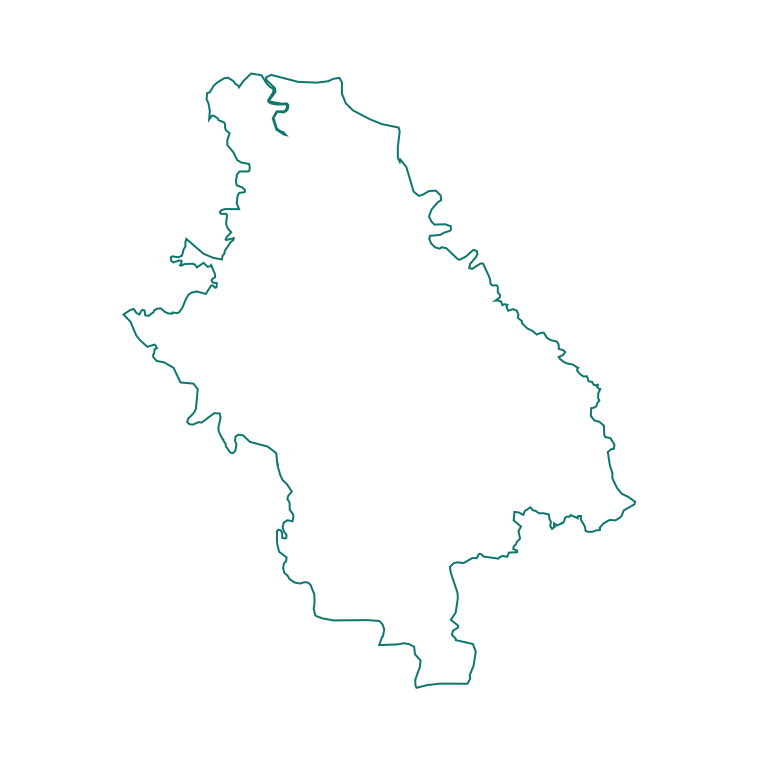 Myaungmya, Ayeyarwady, Myanmar (orthographic projection), rotated 101°
{"feature_id": "60261553B8294566306540", "entity_name": "Myaungmya", "entity_type": "district", "adm_level": 2, "iso_a3": "MMR", "parent_name": "Myanmar", "parent_adm1": "Ayeyarwady", "projection": "orthographic", "projection_center": [95.051, 16.62], "detail": "fine", "context": "isolated", "style": "outline", "palette": "teal", "viewbox_px": 768, "rotation_deg": 101, "n_neighbors": 0, "source": "geoboundaries", "source_scale": "gbopen_adm2", "svg_char_len": 6162}
<svg xmlns="http://www.w3.org/2000/svg" viewBox="0 0 768 768"><g transform="rotate(101 384 384)"><path d="M401.5,615.7L404.8,611.5L404.7,604.1L408.3,593.6L421.3,584.1L420.0,571.1L424.8,565.8L444.6,563.9L449.3,565.5L455.1,569.5L458.7,570.0L460.6,567.3L460.4,564.0L456.7,558.5L456.7,555.7L445.0,545.0L444.3,539.5L448.6,538.0L458.3,538.3L462.1,537.2L468.6,532.3L469.0,531.2L470.7,530.5L472.8,528.1L475.2,527.4L480.7,521.8L480.7,519.0L477.9,517.2L471.6,517.3L468.2,519.4L464.1,519.8L461.6,517.4L461.2,512.8L466.4,504.5L467.6,486.3L472.4,476.6L483.1,473.4L483.1,472.7L485.2,472.6L493.8,468.1L497.9,464.9L501.0,460.0L507.2,454.0L512.4,456.8L515.5,456.8L518.6,454.0L525.5,452.5L528.6,449.0L531.0,447.6L536.2,447.6L536.2,452.8L539.0,455.9L543.9,456.2L548.0,454.1L550.7,450.9L553.8,450.6L554.5,451.6L554.6,454.4L549.4,455.8L547.3,457.6L547.3,460.0L548.7,461.0L559.8,458.9L568.7,455.0L572.8,446.6L576.6,446.2L579.1,448.0L583.9,447.9L588.4,445.8L590.4,442.3L593.5,439.5L595.9,434.3L595.9,428.3L593.8,424.5L593.4,420.7L595.1,417.9L603.7,412.3L611.7,410.5L618.2,410.1L624.1,407.3L624.8,406.2L625.8,399.6L625.7,388.4L619.0,355.6L617.5,343.2L620.5,339.4L625.0,336.9L631.9,336.9L632.6,337.6L641.2,338.9L637.0,320.8L634.7,315.1L634.5,310.0L636.2,304.3L643.4,302.0L648.4,295.4L654.7,294.8L668.6,296.9L674.1,295.5L676.0,294.1L671.3,284.0L667.5,272.1L662.3,244.9L656.8,243.1L653.5,244.3L643.2,242.3L629.1,242.9L622.3,247.1L621.7,264.6L620.0,265.3L617.2,269.5L612.9,269.2L609.2,265.0L607.2,265.0L602.7,273.4L594.7,270.0L579.9,270.7L574.8,272.1L556.2,282.6L550.9,284.4L546.4,281.1L545.0,277.7L544.6,271.7L538.0,264.1L537.2,259.6L533.1,258.6L532.4,257.6L532.7,255.5L534.4,253.4L533.6,238.4L531.9,237.4L530.1,234.6L530.1,230.1L525.6,229.1L523.8,221.4L522.1,221.5L521.4,225.6L518.7,225.7L516.2,223.9L513.8,223.6L509.9,220.9L502.8,223.9L497.8,222.3L493.1,230.7L484.6,231.5L484.4,227.0L485.9,222.4L481.6,221.4L477.1,216.6L479.5,214.0L479.7,210.8L481.3,207.3L480.4,202.6L480.6,197.3L484.4,196.1L487.5,193.8L491.5,193.8L494.2,191.4L491.4,189.0L491.1,190.0L488.3,190.4L489.7,187.2L487.2,183.1L486.5,183.1L486.5,182.0L484.4,181.0L480.6,180.7L479.2,179.0L478.9,176.5L477.0,175.7L478.8,168.2L477.1,168.5L476.4,167.8L476.0,165.4L479.3,165.1L485.5,159.7L489.7,158.1L490.2,155.2L489.2,150.9L487.3,148.0L486.2,144.2L483.6,144.7L479.3,142.1L476.3,138.9L474.4,136.4L473.7,130.8L470.5,127.3L468.5,125.7L462.3,124.5L454.3,115.2L451.7,115.0L448.1,123.0L446.4,129.7L441.7,135.3L432.9,141.9L427.8,142.8L420.9,146.7L408.1,151.3L404.6,148.5L403.9,146.1L399.6,146.2L393.9,151.5L393.9,156.7L392.0,158.0L383.0,160.2L379.9,165.6L379.7,170.5L375.8,174.9L368.2,176.0L367.1,173.2L365.0,171.2L362.1,171.0L359.2,169.5L356.7,171.2L352.2,171.9L347.7,170.7L347.7,172.2L346.0,174.4L343.3,173.5L344.7,175.0L344.9,177.8L342.2,180.3L342.3,183.6L337.7,186.3L338.6,189.6L337.1,193.0L334.3,196.8L332.6,197.2L331.2,196.4L328.9,202.6L328.9,208.4L328.0,211.8L326.0,215.7L324.2,217.7L321.4,213.9L318.2,212.2L316.6,214.4L316.2,219.1L312.0,220.1L309.3,222.4L309.2,228.3L307.7,232.7L303.2,237.0L303.9,239.9L306.3,243.5L303.6,248.3L302.1,253.9L297.9,260.3L295.9,260.6L293.6,265.2L290.3,265.3L286.6,267.7L285.9,271.8L288.4,275.9L284.9,278.5L282.7,278.0L282.7,280.8L284.0,282.8L280.7,284.8L280.3,288.9L280.8,290.4L277.0,286.9L274.6,287.0L272.2,289.8L267.0,290.8L265.6,292.2L266.6,296.2L265.4,298.6L261.6,299.6L257.9,301.8L246.9,309.7L247.2,312.1L254.3,319.6L253.8,322.6L249.6,322.3L241.6,317.8L238.5,317.1L235.7,318.3L235.4,322.0L243.0,327.7L247.5,333.2L247.5,335.2L238.8,348.8L238.8,353.6L240.5,355.0L240.2,359.5L237.3,364.3L232.8,367.3L229.8,367.2L226.9,357.3L224.0,354.0L221.3,348.8L219.9,347.7L216.5,348.5L215.5,354.4L217.9,364.9L215.3,368.6L211.0,371.8L203.6,370.6L195.2,365.8L192.8,363.1L188.1,364.3L184.3,370.0L186.0,376.7L190.8,382.1L192.7,385.8L189.5,391.6L166.7,403.5L160.6,410.8L162.9,410.9L159.2,413.6L149.1,415.6L133.0,416.8L129.5,418.5L129.3,435.7L126.8,448.5L121.3,466.7L115.8,475.0L107.1,480.7L96.1,482.8L92.0,486.2L94.1,491.9L97.5,496.7L101.0,507.5L103.8,526.1L102.1,553.7L105.5,558.3L108.1,557.4L114.4,547.5L116.3,546.7L117.9,546.3L127.4,550.7L128.5,550.3L128.4,537.9L127.1,532.9L128.6,531.1L132.1,530.9L134.3,531.7L136.6,534.3L137.0,540.5L143.9,543.3L153.7,537.9L155.8,533.5L155.9,531.0L158.3,527.8L158.2,529.9L154.9,538.1L144.5,543.9L136.9,541.4L135.4,534.2L134.3,533.0L131.2,532.0L127.9,532.5L130.2,543.2L130.2,548.0L129.3,551.1L127.5,551.9L119.4,548.6L115.6,548.5L114.2,552.6L111.5,556.5L104.3,563.1L104.6,573.6L112.5,579.3L120.4,583.0L119.0,583.9L117.8,587.0L115.5,589.4L113.1,595.6L114.3,599.2L120.2,605.5L123.8,608.1L130.9,610.7L132.2,613.1L138.5,612.5L141.9,609.9L149.2,607.1L157.7,606.1L153.5,604.2L153.2,602.4L154.9,598.0L156.6,596.8L157.6,591.1L159.3,589.5L162.5,589.1L165.0,587.7L167.2,583.4L174.8,584.3L179.4,583.3L185.4,575.9L192.2,570.9L193.9,566.1L193.7,558.6L196.8,557.1L200.1,556.9L201.2,557.5L203.0,566.5L206.6,568.3L213.4,568.0L217.1,566.5L218.1,560.8L219.7,557.9L221.1,557.2L222.3,557.4L224.0,562.6L227.0,563.6L234.8,563.1L240.0,559.6L242.6,573.3L244.1,576.4L246.5,578.1L248.1,576.7L247.1,571.5L248.4,570.2L255.6,569.8L258.6,568.8L261.7,566.4L264.2,563.0L269.7,566.4L272.4,567.1L272.8,566.4L269.5,559.4L271.2,559.3L274.0,561.6L283.9,565.8L286.4,565.5L288.8,566.9L292.7,566.9L292.7,575.8L290.6,586.0L279.3,605.7L282.7,606.0L286.9,605.2L290.4,606.4L296.6,606.8L298.8,609.9L299.1,616.2L300.2,617.4L303.7,616.4L304.8,613.8L302.0,609.0L301.7,606.3L304.2,605.9L306.4,606.8L306.6,605.8L304.2,602.3L302.5,594.9L302.8,592.5L305.2,589.9L299.5,584.2L302.6,579.7L301.8,577.4L300.2,576.4L308.4,570.9L311.4,570.1L313.7,572.6L315.2,573.0L317.1,571.5L316.9,567.3L321.0,566.9L321.8,568.1L320.0,570.7L320.2,572.4L329.6,576.1L328.9,585.5L331.0,590.3L333.5,592.8L337.6,594.5L347.7,596.5L352.9,598.9L353.9,601.0L354.2,605.3L355.4,605.4L355.9,609.2L355.0,612.9L352.3,617.5L353.5,621.3L355.6,623.6L357.5,624.0L362.1,628.1L362.1,631.5L357.6,633.0L357.3,635.0L358.3,636.1L362.5,637.4L361.5,640.6L358.1,644.1L359.8,647.2L365.5,653.0L371.1,644.9L383.7,636.4L387.7,631.6L392.6,623.4L389.1,616.7L389.8,615.6L392.2,613.8L393.8,615.9L397.6,615.5L399.3,616.2L401.5,615.7Z" fill="none" stroke="#0f766e" stroke-width="2"/></g></svg>